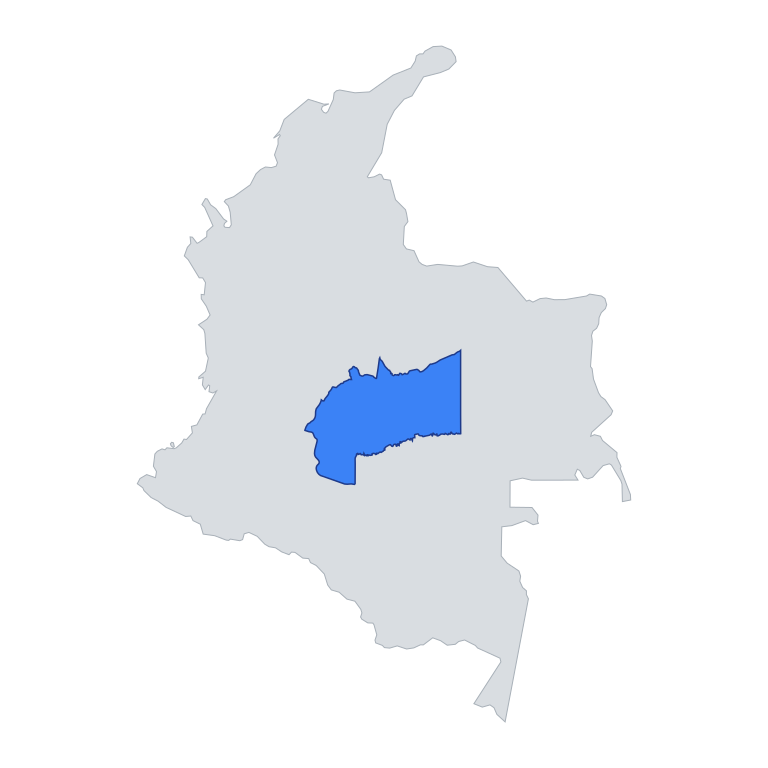 where Meta sits in Colombia
{"feature_id": "COL-1425", "entity_name": "Meta", "entity_type": "Department", "adm_level": 1, "iso_a3": "COL", "parent_name": "Colombia", "parent_adm1": "", "projection": "orthographic", "projection_center": [-72.97, 3.272], "detail": "fine", "context": "in_parent", "style": "filled", "palette": "blue", "viewbox_px": 768, "rotation_deg": 0, "n_neighbors": 0, "source": "natural_earth", "source_scale": "10m", "svg_char_len": 9554}
<svg xmlns="http://www.w3.org/2000/svg" viewBox="0 0 768 768"><path d="M448.9,69.0L440.3,72.6L423.5,76.9L412.0,95.9L404.1,99.2L394.4,110.4L387.2,124.3L381.7,152.7L367.3,176.8L368.5,177.8L374.2,176.8L379.6,174.1L381.6,174.9L383.6,179.2L390.2,180.2L395.5,199.7L405.5,209.7L406.5,213.5L407.9,221.6L404.3,226.5L403.3,244.5L406.4,248.9L414.0,250.7L419.0,261.8L422.1,264.4L426.7,266.1L437.7,264.4L457.6,266.2L462.2,265.9L473.4,262.0L487.5,266.7L497.9,267.5L526.5,301.1L529.3,300.1L532.9,302.1L540.1,298.6L546.2,298.0L554.4,299.7L565.0,299.6L586.5,296.0L589.7,294.1L601.4,296.0L604.9,298.5L606.7,304.7L605.4,308.6L601.3,312.6L599.1,317.6L598.7,323.8L596.6,328.3L592.9,331.2L591.5,335.5L592.3,341.1L590.5,366.6L592.1,368.7L593.5,379.1L598.5,392.7L600.9,396.6L605.1,399.7L612.7,410.9L611.1,414.7L591.7,432.3L590.7,436.3L594.4,434.7L600.4,436.3L602.5,440.5L617.0,452.6L616.9,457.3L621.0,466.4L620.3,468.5L630.4,494.5L630.7,500.0L622.4,501.6L622.0,484.1L620.8,480.5L611.4,465.0L609.4,463.8L603.1,465.6L592.6,477.2L587.7,478.9L583.8,477.3L579.8,470.5L577.3,469.2L574.8,475.0L578.0,480.1L531.6,480.2L522.5,478.1L510.1,480.8L510.0,507.2L532.0,507.5L538.0,515.1L537.5,521.2L538.4,523.4L533.2,524.7L525.5,520.6L511.9,525.6L501.8,526.8L501.2,556.0L507.2,563.2L518.9,571.0L520.6,576.2L519.8,581.2L522.6,587.5L526.4,590.8L526.4,594.6L528.4,598.8L505.1,721.9L496.9,714.4L494.0,707.7L490.0,704.9L482.3,707.1L473.9,703.7L500.9,661.9L500.0,658.2L477.6,648.0L475.3,645.4L464.6,640.0L458.7,641.5L455.3,644.3L447.2,645.2L440.6,640.7L432.7,637.8L423.3,644.9L420.5,644.8L413.8,647.9L406.6,649.0L397.2,645.9L389.7,648.1L384.4,647.6L382.4,645.4L375.7,642.9L375.0,640.1L376.8,634.9L374.0,624.8L372.9,623.1L367.8,622.9L361.8,619.2L360.6,617.0L361.9,612.9L360.8,609.3L354.9,601.2L346.9,599.1L339.1,592.2L331.3,589.9L327.7,585.0L324.3,574.0L316.2,565.5L310.5,562.6L308.7,558.6L302.8,558.1L295.0,552.4L291.5,552.1L289.0,554.7L281.7,551.9L275.5,547.8L269.0,546.7L264.8,544.2L257.2,536.3L248.9,532.4L244.2,533.8L242.6,539.6L239.8,540.7L230.3,539.1L228.7,540.4L226.2,540.1L214.7,535.7L203.2,534.1L200.3,524.2L193.0,520.6L190.8,516.0L185.7,516.5L166.1,507.4L158.0,501.1L151.2,497.6L144.0,490.6L142.8,487.8L137.3,483.7L140.0,478.5L146.7,474.6L155.5,477.7L156.5,471.6L153.4,466.2L154.9,454.0L157.3,451.3L162.0,448.9L165.0,449.8L166.9,447.8L174.1,448.7L176.2,447.9L181.7,443.0L184.0,439.1L186.5,439.5L192.4,432.9L191.4,426.4L196.9,424.9L202.7,414.1L205.1,413.9L206.5,408.7L216.6,390.9L212.9,393.0L209.0,391.7L209.7,385.7L208.5,385.0L205.2,389.6L202.4,384.9L203.2,377.3L198.7,378.7L198.9,376.9L205.5,371.2L208.3,358.0L206.2,353.2L204.9,333.5L203.8,329.7L198.5,324.8L207.0,319.2L210.1,315.0L206.3,306.2L201.3,298.8L201.2,294.4L204.2,294.8L205.5,282.6L202.7,277.9L199.2,277.8L188.2,259.7L184.3,255.9L187.4,247.3L190.8,243.5L190.1,236.9L192.4,237.2L197.1,243.3L199.1,242.3L206.7,236.7L206.9,231.4L213.0,225.9L204.7,207.4L201.9,204.5L205.4,198.6L207.3,199.0L210.6,204.8L215.8,208.6L223.5,218.9L226.9,221.2L224.4,223.5L223.9,225.9L225.0,227.3L229.5,227.6L231.3,224.8L230.2,212.3L228.4,206.0L224.3,201.6L225.7,199.7L233.7,196.7L250.3,184.8L256.1,173.7L260.5,169.6L265.4,167.0L271.4,167.6L276.1,166.2L277.5,162.7L274.5,154.9L278.1,144.3L278.0,138.9L280.3,135.7L279.6,134.5L273.5,138.2L279.8,130.8L284.2,119.4L308.3,99.3L323.9,104.2L328.9,103.9L322.4,106.4L321.4,109.3L323.6,112.3L326.0,113.2L328.0,111.3L333.3,99.5L334.1,93.0L336.4,90.8L339.7,90.0L355.0,92.8L369.5,91.9L393.1,75.1L410.9,68.0L415.2,61.1L416.4,55.9L419.6,53.9L423.0,53.9L425.0,51.1L433.1,46.6L441.9,46.1L451.1,50.0L455.4,56.8L456.1,61.6L448.9,69.0ZM174.3,446.6L173.2,447.5L171.1,445.8L170.4,443.8L171.7,442.3L173.4,442.8L174.3,446.6Z" fill="#d9dde1" stroke="#a8b0b8" stroke-width="1"/><path d="M304.9,430.4L304.9,430.1L306.0,427.0L307.4,424.6L307.8,424.0L308.8,423.4L310.0,422.8L311.0,421.7L312.9,420.5L313.7,419.8L314.9,417.8L315.3,416.5L315.5,415.1L315.6,411.7L315.9,410.1L316.3,408.7L319.3,404.7L320.2,403.1L321.1,400.9L321.3,399.8L322.5,400.8L323.7,400.9L324.0,400.8L324.2,400.4L324.2,400.2L324.5,399.9L325.0,398.7L327.7,395.4L328.5,394.1L328.8,393.2L328.8,392.7L328.8,392.3L329.2,391.8L329.9,391.1L331.0,389.8L331.5,389.0L332.3,387.3L332.9,386.9L335.1,387.4L336.4,387.5L338.3,385.6L339.8,384.6L340.5,383.9L341.1,383.5L341.8,383.4L342.3,383.4L343.0,383.2L343.4,382.7L343.8,381.9L344.7,381.5L345.4,381.3L348.2,380.1L348.5,379.7L348.9,379.4L349.8,379.4L350.3,379.5L351.5,379.5L351.1,378.2L351.0,377.7L351.0,377.1L350.7,376.4L350.0,375.8L349.9,375.4L349.9,375.0L350.0,374.2L349.5,372.0L349.0,371.5L349.1,370.6L349.3,370.2L349.8,369.7L350.1,369.4L351.1,369.0L351.9,368.5L352.2,368.0L352.8,367.0L353.2,366.7L353.7,366.5L354.1,366.7L354.5,366.9L354.8,367.2L355.0,367.5L355.4,367.8L356.0,367.8L356.4,367.9L356.7,368.1L357.2,368.9L357.7,369.5L358.2,370.2L358.4,370.6L358.4,371.1L358.7,372.3L359.5,374.2L359.6,374.7L359.8,375.0L360.1,375.3L360.6,375.5L361.2,375.8L361.7,376.0L362.2,376.1L362.9,376.0L363.5,375.7L364.6,374.9L367.1,374.6L372.1,375.9L373.0,376.2L373.5,376.6L373.8,377.1L373.9,377.3L374.4,377.5L375.5,378.3L376.1,378.5L376.4,378.4L376.6,378.0L376.7,377.0L378.1,368.2L379.4,358.6L379.8,357.8L380.1,359.1L380.3,359.5L382.2,361.3L385.0,366.4L388.6,370.2L389.2,370.2L389.4,370.3L389.6,370.4L389.6,370.6L389.7,370.9L390.4,371.7L390.6,372.0L390.6,372.3L390.8,372.6L390.8,373.0L390.7,373.2L390.7,373.5L391.0,373.5L391.3,373.5L391.7,373.4L392.0,373.6L392.0,373.9L392.2,375.0L393.1,375.5L393.4,375.6L393.9,375.5L394.1,375.4L394.6,374.8L395.0,374.7L395.4,374.7L396.9,375.0L397.2,375.0L397.4,374.9L397.5,374.8L397.6,374.7L397.9,374.8L398.1,375.1L398.4,375.3L398.7,375.1L399.6,373.6L399.9,373.3L400.3,373.4L400.9,373.5L401.4,373.8L401.7,374.0L402.1,374.7L403.1,374.4L405.0,373.3L405.7,373.9L406.8,374.0L407.7,373.8L409.4,371.1L410.0,370.8L416.5,369.4L416.9,369.4L417.4,369.5L418.9,370.5L419.3,371.1L419.7,371.7L420.5,371.9L422.1,371.5L423.6,370.6L426.7,368.0L429.9,364.5L430.3,364.2L430.7,364.1L431.2,364.2L431.7,364.1L435.3,363.0L437.0,362.1L440.2,360.0L452.0,354.9L454.4,354.5L454.7,354.2L456.7,352.6L457.8,351.9L458.5,351.6L459.0,351.5L459.5,351.3L460.6,350.3L460.6,413.7L460.7,433.7L459.9,433.9L459.0,433.5L458.7,433.4L458.4,433.7L458.1,433.9L457.6,433.8L457.2,433.5L456.8,433.2L456.4,433.1L455.0,434.1L454.5,434.3L454.1,434.3L453.6,434.0L453.2,433.9L452.5,433.9L452.1,433.6L451.9,433.1L451.7,432.6L451.3,432.2L450.9,432.2L450.7,432.6L450.5,433.7L450.2,434.1L449.9,434.2L449.5,433.8L449.1,433.5L448.8,433.5L448.5,433.8L448.4,434.2L448.2,434.6L447.7,434.7L447.0,434.3L445.6,433.5L445.2,433.4L444.7,434.3L444.2,434.4L443.3,434.1L442.5,434.0L441.5,434.1L440.9,434.2L440.5,434.3L440.2,434.7L439.7,435.1L438.0,435.9L437.1,435.8L436.9,435.3L437.0,434.2L436.9,434.0L436.6,434.0L436.3,434.3L436.0,434.7L435.5,434.9L434.9,434.8L433.4,433.3L433.1,433.2L432.9,433.5L432.9,434.7L432.7,435.5L432.4,435.9L432.0,435.7L431.7,434.5L431.4,434.1L431.1,434.1L430.5,434.4L430.1,434.9L429.2,435.3L425.7,436.0L425.1,436.1L424.9,436.1L424.8,436.3L424.5,436.4L424.0,436.4L423.4,436.6L422.9,436.6L422.6,436.1L422.4,436.2L421.9,435.8L420.4,435.7L419.4,435.5L418.8,435.0L418.3,434.0L417.7,433.9L416.9,434.1L415.3,434.4L414.8,434.6L414.6,435.2L414.7,436.0L414.8,436.7L414.8,437.7L414.7,437.7L414.2,437.6L413.6,437.7L413.1,438.0L412.6,438.4L412.5,438.7L412.5,439.1L412.5,440.0L412.4,440.8L412.2,440.5L411.7,439.1L411.1,438.5L410.6,438.6L410.3,439.1L410.0,440.0L408.5,439.0L407.7,439.1L406.1,440.5L405.5,440.9L404.7,441.1L403.3,441.2L403.0,441.3L402.0,442.1L401.8,442.1L401.5,442.0L401.1,441.9L400.7,441.8L400.4,441.7L400.1,441.7L400.0,442.1L400.1,442.3L400.4,442.5L400.6,442.6L400.9,442.8L400.9,443.0L399.8,443.1L399.3,443.5L399.2,444.4L399.2,445.6L398.7,445.4L398.9,445.3L398.2,444.1L397.8,443.9L397.2,444.4L396.9,446.1L396.5,446.2L396.3,446.1L396.1,445.8L395.9,444.4L395.4,444.2L394.0,444.4L393.6,444.9L393.2,445.7L392.7,446.4L391.6,446.1L391.3,445.6L390.9,445.3L390.5,444.7L390.1,444.6L389.3,444.9L385.8,446.9L385.5,447.4L385.2,447.9L384.5,448.2L384.3,448.9L384.6,449.1L384.8,449.4L384.9,449.8L384.8,450.1L383.9,450.3L383.6,450.6L383.3,451.1L382.6,451.4L381.7,452.1L381.1,452.4L380.7,452.3L380.5,452.1L380.1,452.1L379.5,452.3L378.7,453.0L378.1,453.5L377.8,453.6L377.5,453.4L377.2,453.2L376.9,453.1L376.7,453.3L376.7,453.9L376.5,454.3L376.1,454.4L375.7,454.5L375.4,454.2L375.3,453.9L375.2,453.6L374.9,453.5L373.9,453.6L373.2,453.3L371.9,454.0L371.9,454.3L372.2,454.6L372.2,454.9L371.8,455.2L370.8,455.2L370.1,455.4L369.1,455.0L368.7,455.1L368.5,455.4L368.3,455.7L368.0,455.8L367.8,455.5L367.9,454.9L367.7,454.7L367.2,454.8L367.0,455.0L366.8,455.5L366.7,455.7L366.4,455.7L366.2,455.3L365.9,455.1L365.2,455.2L364.9,455.5L364.6,455.7L364.4,455.6L364.3,455.3L364.3,454.8L364.4,454.4L363.9,453.4L363.6,454.8L363.5,455.0L363.2,454.9L362.9,454.7L362.5,454.6L361.2,454.8L361.0,454.6L360.6,453.8L360.4,453.6L360.2,453.5L358.9,454.3L358.5,454.4L358.2,454.4L357.9,454.1L357.9,453.8L357.9,453.5L357.6,453.4L357.3,453.6L356.8,453.9L356.5,454.2L356.5,454.7L356.6,455.0L356.6,455.3L356.4,455.6L356.0,456.1L355.7,456.9L355.4,457.2L355.1,458.8L355.2,464.0L355.1,483.7L354.5,484.4L351.2,483.9L347.3,484.2L345.8,484.1L344.6,484.0L320.5,475.5L318.9,474.3L317.5,472.6L316.6,470.6L316.2,468.8L316.3,467.3L316.7,466.1L317.4,465.1L318.4,464.1L319.0,463.3L319.2,462.5L319.2,461.7L318.8,460.8L318.2,459.9L315.7,457.2L315.1,456.1L314.7,455.0L314.5,453.5L314.6,452.2L314.8,450.2L317.1,441.2L317.1,439.7L316.6,438.9L315.8,438.4L315.0,437.6L314.4,436.7L313.2,433.7L312.9,433.1L312.4,432.6L311.7,432.2L310.8,432.0L308.9,431.7L304.9,430.4Z" fill="#3b82f6" stroke="#1e3a8a" stroke-width="1.5"/></svg>